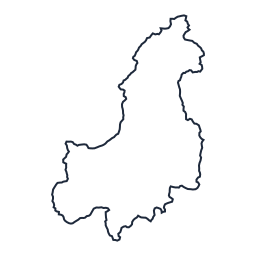 Muniz Freire, Espírito Santo, Brazil
{"feature_id": "56859067B51669196244688", "entity_name": "Muniz Freire", "entity_type": "district", "adm_level": 2, "iso_a3": "BRA", "parent_name": "Brazil", "parent_adm1": "Espírito Santo", "projection": "mercator", "projection_center": [-41.436, -20.403], "detail": "fine", "context": "isolated", "style": "outline", "palette": "slate", "viewbox_px": 256, "rotation_deg": 0, "n_neighbors": 0, "source": "geoboundaries", "source_scale": "gbopen_adm2", "svg_char_len": 4474}
<svg xmlns="http://www.w3.org/2000/svg" viewBox="0 0 256 256"><path d="M150.7,221.3L151.5,219.9L152.6,218.8L153.3,216.8L154.6,215.0L154.2,213.0L153.9,210.6L154.7,208.4L156.6,207.5L158.3,208.0L160.5,208.9L161.5,210.5L161.7,212.7L163.3,211.8L165.0,211.5L165.0,209.6L163.9,207.7L164.2,206.1L165.0,204.3L166.7,203.5L168.2,202.9L169.8,202.4L172.1,201.7L172.8,199.2L171.3,198.0L169.6,197.0L168.9,195.5L169.2,193.7L169.7,192.1L169.7,190.3L169.9,188.0L170.7,186.4L173.4,187.1L175.7,187.5L177.2,187.4L178.9,187.6L180.2,186.0L181.9,185.7L183.7,187.0L185.6,188.0L187.8,189.0L190.8,189.2L192.9,189.5L195.6,189.2L197.4,188.0L198.6,186.1L199.3,184.5L198.1,182.4L196.5,181.7L196.5,179.6L198.1,177.5L199.9,176.7L200.2,174.3L199.9,172.6L199.1,170.9L199.2,168.4L199.0,165.5L199.5,163.1L200.5,160.6L201.1,157.6L200.1,155.5L200.5,153.5L201.2,150.4L202.2,147.8L201.8,145.4L201.5,143.5L202.2,141.6L203.5,139.9L201.7,138.9L200.3,137.4L199.3,135.5L199.4,132.8L200.7,131.4L200.4,129.9L199.6,127.7L198.9,125.4L196.5,123.8L194.4,123.6L192.9,121.6L191.7,119.4L189.9,118.8L187.9,120.1L186.1,119.2L186.0,116.3L186.1,114.1L185.2,112.0L183.5,110.7L183.5,109.0L183.8,106.5L182.4,104.8L182.8,103.0L182.0,100.9L181.0,98.7L179.8,95.9L180.0,93.7L180.1,91.9L180.0,89.4L179.2,87.1L178.5,84.5L178.0,82.7L178.5,81.0L180.0,80.2L180.5,78.5L181.2,77.0L181.7,74.6L183.4,72.9L185.0,73.0L186.3,71.7L188.2,71.2L189.5,70.1L191.2,70.4L192.7,72.4L195.5,71.9L197.0,72.0L198.4,71.2L200.2,71.6L201.3,70.1L202.3,68.8L202.1,66.7L201.7,65.0L199.6,63.8L200.7,62.2L200.2,59.9L199.8,57.4L202.1,56.2L203.9,55.2L203.9,53.5L203.3,51.6L201.9,50.4L201.1,48.3L199.9,47.1L198.1,45.7L196.8,43.8L194.3,42.8L192.3,40.9L189.9,40.5L186.8,39.9L185.0,39.5L183.7,37.5L183.5,35.7L184.4,34.1L185.7,32.1L187.6,31.1L189.5,29.7L188.3,28.7L187.5,27.4L189.0,25.5L187.8,23.8L187.2,21.6L185.4,20.4L186.0,17.8L186.3,16.2L184.0,15.4L181.6,15.8L179.5,16.3L177.7,16.7L176.0,17.7L174.2,19.0L172.6,18.8L170.6,18.8L170.4,21.1L171.0,24.2L170.0,26.4L168.5,28.1L166.6,28.5L164.9,28.7L160.7,28.3L161.5,30.5L160.6,32.2L158.9,34.3L157.4,33.9L155.3,34.4L152.8,33.4L151.2,35.3L149.7,37.5L147.0,38.1L146.1,40.2L145.0,41.7L143.6,42.8L141.6,44.3L140.8,45.8L139.0,47.6L138.2,49.7L137.3,51.0L136.1,52.2L135.5,54.1L134.7,55.9L133.4,56.7L132.9,58.2L134.2,59.9L136.8,61.0L137.4,63.0L136.4,64.3L135.7,66.1L135.6,68.0L135.4,69.7L133.8,71.1L132.5,72.3L131.1,73.1L130.1,74.5L128.3,76.0L127.6,77.8L126.4,78.7L125.3,79.8L123.6,80.5L123.0,82.5L121.5,84.0L119.4,84.8L118.7,86.7L119.7,88.1L120.8,89.4L123.1,89.6L124.6,90.6L124.4,92.4L123.7,93.9L123.8,96.1L125.7,97.2L126.2,98.9L124.9,100.3L123.0,101.8L122.0,104.2L122.1,107.0L122.6,108.6L123.0,110.7L123.1,113.4L123.6,115.3L123.2,117.2L123.3,119.2L121.9,120.8L120.6,122.3L120.0,124.5L119.9,127.0L119.7,129.4L118.9,131.8L118.2,133.8L116.5,134.5L115.1,135.9L114.1,137.1L112.1,138.1L110.6,139.3L109.3,140.3L107.4,141.4L105.4,143.6L103.6,144.8L102.1,145.5L99.5,146.3L97.4,147.2L94.5,148.3L92.4,148.4L90.3,148.3L88.5,148.1L87.5,146.2L86.4,144.7L84.2,144.3L82.2,144.5L80.4,144.7L78.9,144.9L77.4,145.7L76.0,144.7L74.1,144.0L72.7,142.1L70.9,141.6L68.8,141.7L66.5,141.6L65.6,143.7L66.8,145.4L67.2,148.1L67.9,150.1L68.9,151.6L67.9,153.0L66.6,154.4L66.1,156.8L64.8,158.0L63.2,159.5L63.3,162.3L64.6,163.0L66.2,163.7L66.1,165.7L66.2,167.6L65.5,169.8L66.4,171.8L66.8,173.6L67.3,175.2L67.1,177.0L67.9,178.8L66.7,181.1L64.7,181.4L63.2,181.7L61.9,182.5L59.7,182.6L57.5,182.9L56.2,184.5L54.5,187.2L53.1,189.5L52.6,192.7L52.1,194.6L53.0,196.7L53.0,198.9L52.4,201.1L53.7,203.1L54.2,205.2L53.6,207.3L55.4,208.4L55.3,210.5L56.6,211.4L58.9,211.9L58.8,214.4L60.9,214.7L62.6,215.5L63.6,217.1L64.0,219.1L64.8,220.5L66.7,222.0L69.0,223.2L70.9,223.6L72.7,223.3L74.5,222.0L76.1,221.0L78.3,219.7L80.1,218.1L81.9,217.9L83.6,218.0L85.2,217.6L86.6,216.2L89.0,215.7L90.3,214.7L91.3,212.9L92.1,211.5L92.9,210.1L93.7,208.7L96.3,207.5L98.9,207.6L101.4,207.3L103.6,208.0L105.9,207.8L107.9,208.3L109.1,210.0L107.5,211.2L105.7,212.1L105.8,214.7L106.0,217.5L106.5,220.1L105.2,221.4L105.7,223.3L105.7,225.3L106.6,227.4L107.7,229.5L108.0,231.5L108.6,233.2L109.8,235.4L112.0,236.2L112.6,237.9L113.3,239.9L115.4,240.0L117.3,240.6L119.5,239.5L120.1,237.2L118.7,236.2L118.3,233.8L120.3,232.1L121.1,229.7L121.5,227.9L123.6,226.6L125.7,226.2L127.0,227.2L128.8,227.3L130.8,225.8L132.0,224.3L132.2,221.9L133.5,219.9L134.8,218.7L136.9,217.4L138.1,215.7L139.4,216.5L141.1,217.4L143.5,217.6L145.7,217.7L147.6,218.9L148.8,220.1L150.7,221.3Z" fill="none" stroke="#1e293b" stroke-width="2"/></svg>